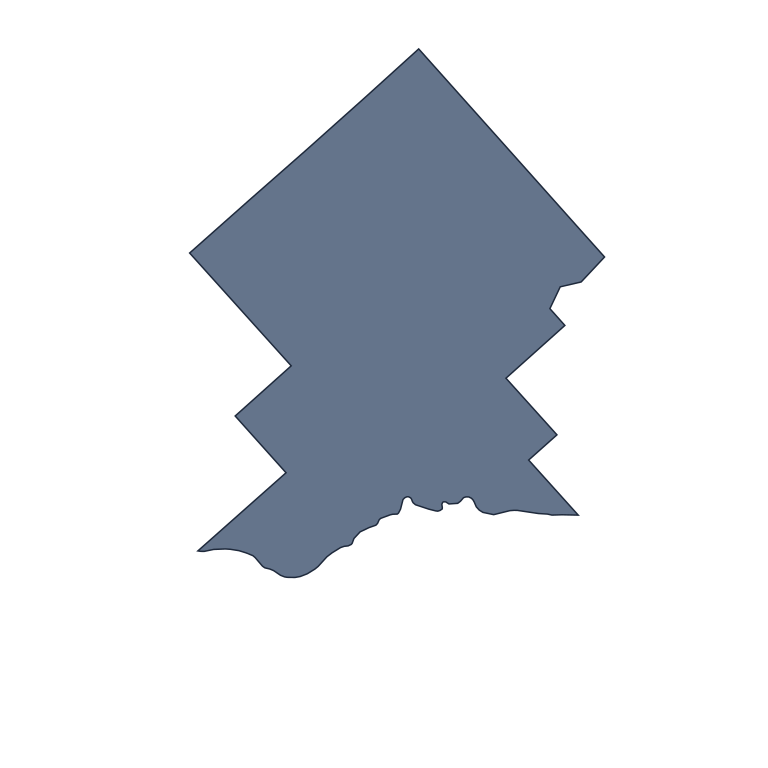 Goodhue, Minnesota, United States of America, rotated 138°
{"feature_id": "52423323B62984292236969", "entity_name": "Goodhue", "entity_type": "district", "adm_level": 2, "iso_a3": "USA", "parent_name": "United States of America", "parent_adm1": "Minnesota", "projection": "mercator", "projection_center": [-92.544, 44.454], "detail": "fine", "context": "isolated", "style": "filled", "palette": "slate", "viewbox_px": 768, "rotation_deg": 138, "n_neighbors": 0, "source": "geoboundaries", "source_scale": "gbopen_adm2", "svg_char_len": 1395}
<svg xmlns="http://www.w3.org/2000/svg" viewBox="0 0 768 768"><g transform="rotate(138 384 384)"><path d="M440.8,611.4L440.8,459.6L516.0,459.8L516.2,383.6L634.0,384.5L632.2,382.3L629.6,379.9L621.2,375.0L612.2,367.5L608.8,364.0L603.3,357.2L599.5,350.8L596.3,344.2L595.9,341.3L596.2,330.0L595.8,328.1L595.5,327.0L592.7,323.0L590.9,319.2L588.9,311.1L587.6,308.5L586.9,307.1L585.2,305.0L579.6,299.8L575.1,297.0L568.0,294.3L559.2,292.7L555.0,292.5L542.0,293.8L535.6,293.3L525.7,291.5L522.2,290.0L519.0,287.7L515.7,286.7L514.3,286.9L509.7,289.3L500.7,290.1L491.2,287.3L484.5,284.5L482.1,284.7L478.5,286.3L476.5,286.4L467.1,282.7L464.7,281.4L461.1,278.4L459.5,278.4L455.5,279.9L447.2,285.4L444.8,285.6L442.5,284.9L441.3,283.9L440.4,281.6L440.6,280.0L441.5,277.7L441.8,276.2L441.4,273.2L434.5,261.1L430.5,255.1L429.1,253.5L426.9,252.5L424.3,252.2L423.3,253.2L421.5,255.9L419.6,256.8L418.6,256.6L417.0,255.1L416.0,251.4L409.1,246.0L405.6,245.7L400.9,246.3L398.7,245.3L396.6,243.4L395.5,240.6L395.4,238.4L395.9,236.0L397.6,231.0L397.6,226.6L396.4,222.4L389.9,213.5L375.1,205.6L371.9,203.1L369.5,200.9L355.9,184.4L349.6,178.0L346.9,174.2L339.2,167.7L327.4,156.6L327.4,230.7L289.5,230.5L289.5,306.7L210.4,306.5L210.3,329.0L188.0,338.3L169.2,327.9L135.1,330.8L135.0,369.1L134.6,457.5L134.0,609.8L206.5,609.6L285.5,609.9L360.8,610.8L440.8,611.4Z" fill="#64748b" stroke="#1e293b" stroke-width="1.5"/></g></svg>